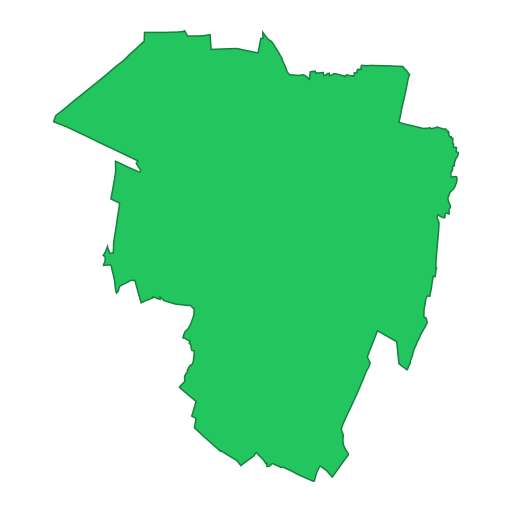 the district of Chau Thanh, Sóc Trăng, Vietnam
{"feature_id": "81297802B53741861263416", "entity_name": "Chau Thanh", "entity_type": "district", "adm_level": 2, "iso_a3": "VNM", "parent_name": "Vietnam", "parent_adm1": "Sóc Trăng", "projection": "equal_earth", "projection_center": [105.914, 9.671], "detail": "fine", "context": "isolated", "style": "filled", "palette": "green", "viewbox_px": 512, "rotation_deg": 0, "n_neighbors": 0, "source": "geoboundaries", "source_scale": "gbopen_adm2", "svg_char_len": 6006}
<svg xmlns="http://www.w3.org/2000/svg" viewBox="0 0 512 512"><path d="M456.5,147.5L453.6,147.2L453.5,143.9L452.8,143.7L452.8,138.3L451.5,138.3L451.3,136.8L450.4,136.8L449.6,136.5L449.1,135.6L448.7,133.7L448.4,132.7L448.8,132.5L448.3,131.3L448.0,131.2L447.4,131.2L447.0,130.8L446.7,130.1L446.1,129.7L445.3,128.8L445.0,128.9L444.5,129.1L443.3,129.1L441.8,128.4L440.2,128.1L439.1,127.6L437.1,127.0L435.1,127.9L432.9,128.2L432.4,128.5L431.7,128.7L431.2,128.6L430.7,128.3L430.4,127.9L429.8,127.8L429.1,127.8L428.2,128.2L426.6,128.3L425.0,128.3L424.8,128.5L423.0,128.4L411.6,125.6L408.2,124.9L401.3,123.1L399.0,122.3L400.5,115.4L401.5,109.5L403.7,100.2L405.5,92.4L408.1,79.1L408.6,77.3L409.6,74.5L407.9,72.6L406.5,70.7L402.8,66.5L397.2,66.2L393.2,66.1L391.1,65.9L376.7,65.6L372.2,65.4L366.3,65.7L361.5,65.3L361.0,67.1L361.3,69.5L359.4,69.3L357.8,69.4L357.7,70.2L357.0,70.5L356.9,72.8L355.4,72.9L354.3,72.8L354.2,74.9L354.1,76.2L352.4,75.7L350.5,75.7L346.5,74.8L346.3,75.5L345.7,76.2L345.1,76.6L344.4,76.7L344.4,75.9L342.7,75.7L340.7,75.0L338.1,74.5L336.9,74.0L333.7,73.6L332.8,74.6L332.1,75.0L331.3,75.2L330.1,75.3L329.4,75.5L329.2,73.3L327.2,73.6L326.3,75.0L323.8,75.5L323.3,72.5L319.6,72.9L315.5,73.0L315.2,71.1L310.2,71.8L309.8,76.7L309.1,79.3L307.2,77.2L305.9,76.2L305.0,75.5L303.2,74.8L302.6,74.7L300.1,75.4L298.5,75.4L290.3,74.8L289.3,74.3L288.4,73.4L286.9,71.2L286.2,68.8L285.1,66.0L283.5,62.9L282.4,60.2L281.9,58.3L277.8,51.1L274.7,46.2L273.6,44.2L271.5,41.5L270.8,41.0L269.6,40.3L267.8,39.0L266.5,37.4L262.8,32.3L262.9,36.0L263.1,37.9L260.8,38.6L259.8,44.0L258.0,53.0L253.0,51.9L241.3,49.5L238.6,48.8L235.9,48.5L211.1,49.4L210.1,34.7L203.3,35.7L198.1,36.0L192.7,36.0L187.6,36.1L184.6,30.7L184.2,30.8L183.4,31.5L180.7,31.8L176.8,32.1L168.5,32.3L166.7,32.4L144.5,32.4L144.2,41.2L139.9,45.0L135.5,49.3L129.1,54.9L124.0,60.2L115.4,66.8L107.7,73.5L100.5,79.5L88.1,89.5L82.2,94.2L76.8,98.6L75.5,99.5L68.5,105.3L67.7,106.2L55.7,115.7L53.6,121.7L58.6,123.7L67.0,127.0L90.6,138.2L97.7,141.8L110.6,147.8L137.9,160.9L136.2,163.3L140.6,170.1L140.4,170.3L140.4,170.9L140.0,172.0L139.6,172.1L138.8,171.9L125.3,165.9L123.1,164.7L115.5,161.2L115.6,172.5L113.1,187.1L110.9,198.9L119.5,203.1L119.4,205.3L118.8,209.2L117.1,219.9L116.4,225.0L113.6,242.7L113.5,247.8L113.2,253.0L110.1,253.4L107.9,248.6L107.5,246.5L105.7,251.2L105.1,252.5L103.2,255.5L104.3,256.0L105.2,257.1L105.3,257.5L105.0,259.7L105.1,261.4L104.2,263.0L103.9,263.8L103.5,265.4L108.3,265.0L110.8,265.0L111.5,267.0L111.8,268.9L113.3,274.7L114.6,281.2L115.5,289.7L116.2,292.4L116.5,293.1L117.3,292.3L118.2,291.1L118.7,289.6L119.0,287.9L119.3,287.1L120.1,286.0L120.6,285.7L129.7,281.1L130.8,280.3L133.7,280.5L134.9,280.3L136.6,286.7L141.1,302.8L145.7,300.6L149.6,299.2L152.8,297.8L152.9,296.7L159.0,299.1L160.1,299.4L160.1,297.0L161.1,297.8L162.8,299.6L164.4,300.7L165.0,300.9L175.0,304.0L185.6,305.2L190.8,305.6L192.6,307.9L194.0,308.3L194.1,311.5L193.9,314.0L193.6,315.8L193.1,317.4L191.0,323.3L188.4,328.4L187.6,329.3L185.3,331.3L184.8,332.1L183.8,334.6L183.3,336.2L183.1,338.1L184.5,338.1L187.4,339.8L190.1,341.2L189.2,343.3L190.8,344.7L191.1,347.4L191.7,350.1L191.8,350.3L192.5,350.6L194.3,350.9L194.0,356.0L193.3,361.1L193.2,361.7L192.6,363.3L191.4,365.5L190.5,365.1L189.5,366.3L188.9,367.1L188.3,368.5L188.2,369.5L187.8,369.6L187.5,370.0L187.3,371.0L187.3,371.9L187.1,372.6L186.7,373.1L186.0,373.3L185.8,374.1L184.8,375.8L184.6,376.7L184.6,378.6L184.8,380.6L184.6,381.4L184.5,381.7L184.1,382.2L181.7,384.5L180.4,385.9L179.9,386.5L179.5,387.4L180.1,387.9L184.3,391.6L196.2,401.5L195.7,402.8L193.2,411.4L191.7,416.1L195.9,418.2L195.9,418.8L195.6,420.8L194.5,427.9L200.0,432.9L203.2,436.0L220.4,451.2L220.7,450.7L236.4,460.3L237.7,461.6L240.9,465.6L245.5,462.0L253.8,456.0L255.2,453.9L256.3,452.6L263.0,459.5L264.2,460.9L265.8,463.6L266.8,463.2L266.8,466.3L267.9,466.5L268.9,466.4L270.8,465.0L271.7,463.9L272.5,463.6L273.0,463.7L275.1,464.8L278.5,466.1L280.5,467.2L281.8,467.4L283.6,467.4L284.0,467.5L287.2,469.1L289.4,470.0L293.2,471.9L297.7,474.4L309.4,479.6L312.5,480.9L313.8,481.3L314.1,481.2L314.3,480.9L316.5,473.1L319.1,467.5L320.1,466.0L326.1,470.2L332.3,477.1L344.1,460.5L348.3,454.9L348.5,454.6L348.5,454.3L348.3,453.8L347.8,452.8L346.1,450.4L344.6,447.7L343.6,445.1L343.3,444.0L343.0,441.9L342.9,439.8L343.3,436.0L342.9,433.8L342.0,431.6L341.6,430.4L341.5,429.4L341.6,427.7L343.8,422.1L356.7,394.4L363.0,379.7L366.1,371.7L368.8,367.0L370.0,363.7L370.1,362.9L367.3,356.9L377.5,330.8L394.9,340.7L396.7,341.6L398.9,363.6L401.1,365.5L403.3,367.0L406.9,369.8L407.8,368.7L408.7,365.9L409.8,364.2L410.6,360.3L412.3,356.1L412.8,353.4L414.1,349.1L416.2,344.8L417.1,342.1L419.3,338.2L420.5,334.8L422.0,332.4L423.6,329.5L425.4,326.6L426.5,323.9L427.0,323.3L427.2,322.9L426.4,318.8L426.2,318.3L425.5,317.6L424.5,317.2L424.1,317.1L423.9,317.0L423.9,316.7L424.0,310.5L424.4,307.3L425.2,303.5L425.7,299.4L426.0,298.4L427.3,296.0L429.8,296.2L430.3,293.4L431.4,288.2L431.8,285.0L433.2,276.2L435.1,276.7L435.6,273.5L435.9,269.0L436.5,268.9L436.5,268.0L435.9,268.1L435.9,263.7L436.3,257.0L438.7,229.7L439.0,224.1L438.9,222.1L438.6,221.3L438.2,220.2L437.1,218.6L437.2,216.7L437.4,215.7L437.7,215.0L438.1,214.7L438.5,214.8L439.9,216.1L440.8,216.7L443.8,217.8L444.7,217.7L445.0,217.2L445.0,215.1L445.2,214.1L445.4,213.6L445.8,213.2L446.3,213.0L447.3,213.3L448.6,214.0L448.9,214.0L449.2,213.9L449.3,213.5L449.3,212.5L448.9,210.3L449.0,209.6L450.3,207.4L450.4,206.6L450.3,205.6L449.1,202.9L448.3,200.4L448.0,199.2L447.9,198.1L450.0,192.3L450.8,191.8L452.1,190.1L453.6,189.0L455.2,186.1L456.6,182.1L456.9,180.2L457.0,178.4L456.8,177.2L456.4,176.7L455.6,176.6L453.2,176.7L452.5,177.2L451.8,177.3L451.4,177.2L451.0,176.5L450.9,175.7L450.8,175.1L450.9,174.0L450.8,172.7L451.0,172.2L452.2,171.0L452.6,168.8L452.5,167.0L453.0,166.0L453.9,166.1L454.4,165.6L454.5,162.6L454.8,161.5L455.2,160.8L455.5,159.4L457.2,156.9L458.1,154.5L458.4,152.7L458.1,152.4L457.8,152.2L457.2,152.1L456.2,151.8L456.2,150.2L456.5,147.5Z" fill="#22c55e" stroke="#15803d" stroke-width="1.5"/></svg>